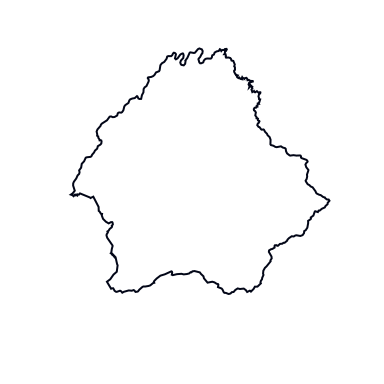 outline of Cali, Valle del Cauca, Colombia, rotated 225°
{"feature_id": "7082276B61798378462298", "entity_name": "Cali", "entity_type": "district", "adm_level": 2, "iso_a3": "COL", "parent_name": "Colombia", "parent_adm1": "Valle del Cauca", "projection": "albers", "projection_center": [-76.552, 3.411], "detail": "fine", "context": "isolated", "style": "outline", "palette": "ink", "viewbox_px": 384, "rotation_deg": 225, "n_neighbors": 0, "source": "geoboundaries", "source_scale": "gbopen_adm2", "svg_char_len": 6039}
<svg xmlns="http://www.w3.org/2000/svg" viewBox="0 0 384 384"><g transform="rotate(225 192 192)"><path d="M304.2,268.3L303.6,264.4L304.3,261.7L304.0,259.3L301.0,255.2L300.7,254.1L302.0,251.1L301.3,248.3L301.4,246.5L302.2,244.5L303.9,242.3L304.1,241.7L303.6,241.1L302.5,241.0L301.5,240.4L300.8,239.4L299.1,234.7L299.5,232.5L299.0,230.6L296.8,228.1L295.9,225.1L293.8,221.9L294.8,220.7L296.0,220.2L298.1,221.0L298.7,220.9L298.9,217.9L300.3,215.9L301.2,213.8L301.1,212.5L299.9,210.0L300.6,206.4L300.4,204.7L298.3,201.2L297.9,199.0L298.2,198.0L299.7,196.8L300.1,196.0L300.1,195.1L299.0,193.2L299.8,190.3L300.9,188.9L302.7,188.2L303.5,187.0L302.8,182.6L304.1,176.6L304.0,175.2L303.4,174.0L303.1,169.4L302.2,167.3L299.8,165.8L298.9,164.7L297.6,165.0L296.6,164.1L294.9,163.8L293.9,163.2L293.5,163.9L292.6,164.3L291.7,163.8L290.4,162.1L290.3,160.7L291.0,157.8L289.7,155.6L289.9,152.7L289.2,150.6L289.0,147.8L288.4,146.1L288.6,145.1L290.9,142.2L291.4,141.1L290.0,137.4L289.9,134.0L287.6,130.8L287.1,127.5L285.5,126.5L284.6,125.0L284.6,122.8L283.4,119.7L282.8,115.8L282.1,114.1L280.6,112.5L275.8,110.0L275.4,106.6L275.8,104.5L274.3,105.2L272.8,105.3L273.1,107.0L272.7,107.2L272.6,106.5L271.6,107.7L272.4,107.9L272.2,108.3L270.6,108.5L271.1,109.5L270.1,110.2L270.2,111.8L259.9,116.1L259.5,116.0L258.5,118.9L247.5,115.4L244.6,112.7L243.4,112.8L241.0,112.2L240.1,112.9L239.2,111.6L235.9,110.1L231.8,110.1L228.7,110.9L228.0,113.4L227.1,114.3L226.6,114.2L225.1,113.2L224.8,111.4L224.4,111.4L223.8,110.3L224.1,107.7L223.6,105.6L223.9,104.3L222.9,103.9L222.4,101.7L221.7,100.8L219.6,99.7L210.4,98.0L209.9,97.6L208.4,95.0L206.1,91.9L206.1,91.3L204.6,91.5L204.6,91.3L204.0,91.2L203.6,91.2L203.4,91.6L202.8,91.5L203.3,91.9L199.9,91.8L193.9,88.0L192.8,87.6L188.8,82.4L189.1,78.1L188.1,72.5L188.7,68.4L180.8,66.4L180.6,67.1L179.6,68.2L176.8,67.4L175.2,67.7L174.6,68.2L173.1,71.3L171.9,71.7L170.1,71.5L169.6,73.3L167.1,77.7L164.8,79.6L163.9,81.4L163.1,81.6L161.3,81.4L160.3,82.7L159.9,83.6L160.2,85.7L159.9,90.0L159.4,91.0L158.3,92.0L156.3,94.8L155.5,96.4L155.1,100.2L154.5,101.1L155.6,101.7L155.8,102.7L155.8,105.9L155.2,110.5L153.0,114.6L150.5,121.3L149.9,121.5L148.9,120.9L147.8,119.2L146.8,119.6L144.6,123.2L141.6,126.7L139.6,127.9L137.6,130.4L136.4,132.4L136.3,134.3L135.6,134.8L135.6,136.2L134.3,137.9L129.6,140.7L127.8,140.4L124.3,140.5L122.5,139.4L116.9,138.9L114.2,142.9L112.2,144.0L109.8,144.5L108.4,145.3L107.8,145.1L106.4,143.1L102.8,144.7L101.5,144.6L98.8,143.6L97.8,143.6L96.7,144.6L94.1,145.7L93.5,146.5L93.0,147.5L93.0,149.3L91.9,150.7L92.1,153.4L91.5,156.1L89.5,157.3L87.1,160.3L84.6,160.7L82.3,160.3L81.4,163.0L80.8,163.4L79.9,163.3L79.9,167.1L80.6,169.5L78.8,171.4L78.7,176.1L79.7,176.5L80.5,178.0L80.8,179.8L81.7,181.0L82.8,183.9L84.0,184.5L85.9,186.8L86.8,189.9L86.7,192.1L87.4,198.6L88.2,199.1L88.7,201.4L90.2,202.6L95.3,204.0L96.2,205.2L95.7,207.3L94.9,208.6L94.3,211.1L95.5,212.2L95.7,212.9L94.6,214.2L93.7,214.2L93.2,214.7L93.1,217.5L91.6,219.3L91.4,220.8L90.6,221.6L90.3,224.9L90.8,225.8L90.8,228.0L90.2,231.2L88.6,232.5L88.2,234.3L87.5,235.3L84.3,237.5L83.3,239.7L83.7,242.1L85.0,243.7L84.6,245.4L85.2,248.3L87.9,252.2L89.5,253.7L88.9,256.5L89.0,257.2L90.0,258.0L89.5,261.2L91.2,264.6L91.3,265.5L88.8,266.8L89.3,268.4L88.6,269.1L88.3,272.0L87.2,275.0L87.7,276.5L87.5,279.2L88.4,280.3L88.6,283.0L90.0,283.3L91.1,282.2L93.4,281.8L94.1,282.1L95.8,281.2L98.8,280.8L100.1,280.0L102.8,279.1L103.8,279.2L105.0,279.8L110.0,280.6L112.1,279.8L113.7,279.9L115.7,279.3L119.0,280.0L119.7,280.4L120.1,282.2L121.5,284.4L123.0,285.6L124.9,289.4L125.3,289.9L128.7,290.3L131.2,291.6L131.7,293.2L131.6,294.8L131.9,295.4L132.9,295.7L133.9,295.6L138.6,293.4L139.4,293.5L140.0,294.2L140.9,294.5L141.4,294.3L143.9,291.6L146.3,289.8L148.3,287.2L148.9,286.9L152.1,286.5L154.3,287.3L156.3,288.8L157.2,288.8L159.3,287.6L161.4,287.2L163.8,283.6L165.0,282.8L167.1,282.3L169.4,281.0L170.3,281.2L173.4,284.5L175.9,285.7L178.7,285.6L180.2,286.2L182.8,286.2L185.2,286.9L185.8,286.7L186.7,285.4L187.3,285.2L190.1,285.6L191.0,285.1L193.1,285.4L193.9,287.0L193.7,288.1L194.3,289.7L194.7,289.8L196.0,289.3L196.8,289.7L197.2,290.5L198.2,290.3L198.6,289.9L199.1,290.5L201.4,290.9L203.1,293.4L204.5,293.8L205.9,293.6L206.9,294.3L207.3,295.8L206.3,297.1L207.0,298.3L206.2,298.7L208.0,300.9L207.3,301.5L207.9,301.6L208.0,302.2L207.7,302.7L209.3,305.7L210.3,305.1L211.4,306.0L212.6,306.6L213.7,308.5L213.5,309.9L214.1,310.8L214.5,310.7L214.4,309.3L217.4,309.2L217.8,307.2L218.1,307.0L219.2,307.2L219.0,306.8L219.4,306.6L219.1,306.4L219.7,306.5L220.0,305.3L222.4,306.5L222.7,308.1L223.5,308.2L223.8,308.9L224.2,308.6L225.0,309.0L225.5,307.5L225.5,306.5L227.0,309.1L227.8,309.0L227.6,307.9L228.0,308.0L228.9,309.8L227.1,313.1L227.6,313.4L229.2,311.9L231.2,311.4L231.8,310.3L233.4,311.2L234.4,311.1L235.1,309.7L236.0,309.0L235.6,308.8L236.6,308.5L237.7,308.7L237.3,307.7L237.5,307.1L236.7,306.9L237.8,306.2L239.6,306.3L239.7,305.4L241.2,305.1L241.7,305.4L242.0,306.8L242.5,306.5L242.3,305.8L243.2,305.7L243.4,306.3L244.6,306.0L247.2,306.8L248.0,307.6L248.0,308.8L249.9,310.6L251.0,310.7L251.9,312.4L255.5,313.9L257.0,312.9L258.6,313.7L259.7,313.8L261.3,312.9L262.9,311.1L263.8,311.4L264.1,312.1L265.6,313.1L266.6,312.2L266.8,313.2L267.9,314.6L267.7,315.6L268.2,317.4L268.8,317.6L269.8,316.4L269.5,315.1L270.5,314.5L271.1,313.4L271.0,312.4L272.7,312.9L273.3,312.7L272.8,310.6L274.0,308.9L274.6,306.6L273.7,304.7L274.3,302.9L273.2,301.3L272.9,300.1L273.3,299.3L275.7,297.1L276.6,295.6L276.6,293.4L275.7,291.6L276.4,289.7L277.2,288.8L278.4,288.8L281.3,290.4L281.6,291.0L281.7,293.2L282.7,296.2L282.7,297.3L284.1,299.2L285.9,299.8L288.3,298.7L288.8,297.2L288.4,292.6L288.9,291.7L292.0,289.5L292.1,288.7L290.1,283.5L289.6,280.2L289.2,280.1L287.5,277.8L287.4,275.7L289.4,274.4L290.6,274.6L291.9,275.3L292.8,277.2L292.9,280.5L294.5,282.7L295.9,283.5L296.5,283.5L297.2,282.1L297.4,280.6L296.7,276.3L297.2,274.4L298.5,274.4L300.8,278.1L302.0,278.3L303.3,277.7L303.4,276.6L302.7,274.7L302.8,273.3L304.9,271.3L305.3,270.2L304.2,268.3Z" fill="none" stroke="#020617" stroke-width="2"/></g></svg>